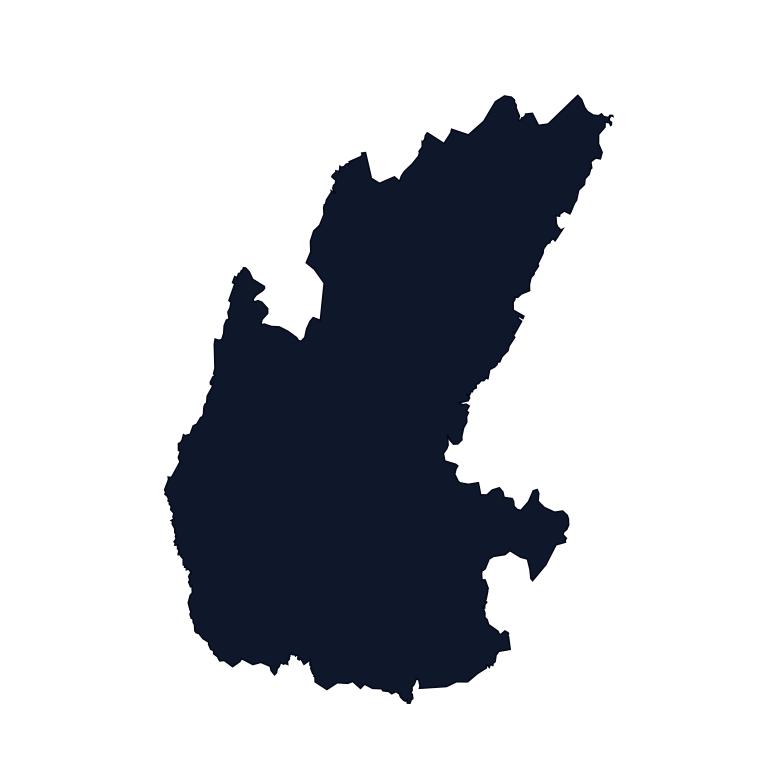 outline of Apatzingán, Michoacán, Mexico, rotated 8°
{"feature_id": "50627088B48290747904109", "entity_name": "Apatzingán", "entity_type": "district", "adm_level": 2, "iso_a3": "MEX", "parent_name": "Mexico", "parent_adm1": "Michoacán", "projection": "equal_earth", "projection_center": [-102.377, 18.969], "detail": "fine", "context": "isolated", "style": "filled", "palette": "ink", "viewbox_px": 768, "rotation_deg": 8, "n_neighbors": 0, "source": "geoboundaries", "source_scale": "gbopen_adm2", "svg_char_len": 6136}
<svg xmlns="http://www.w3.org/2000/svg" viewBox="0 0 768 768"><g transform="rotate(8 384 384)"><path d="M558.5,558.1L569.4,540.5L576.7,519.4L585.7,515.4L585.2,513.4L586.1,511.4L582.1,508.1L582.7,505.4L585.2,502.6L586.5,497.9L585.4,491.9L583.7,488.5L578.6,484.9L570.8,487.2L560.0,484.0L552.9,478.6L552.5,470.8L550.4,467.2L546.7,468.9L543.4,480.6L537.0,490.2L533.2,489.6L529.8,486.9L528.6,481.9L526.9,479.6L518.7,479.6L516.7,474.3L512.7,470.7L505.9,473.9L501.4,479.5L495.2,480.3L491.2,468.6L481.5,471.6L473.1,471.3L471.0,469.9L466.6,463.5L467.1,458.2L468.5,454.9L466.2,453.5L454.9,451.7L452.5,444.5L455.2,439.2L456.0,435.5L453.9,425.5L456.8,430.1L461.1,433.9L465.4,433.1L469.0,428.4L468.3,425.3L469.0,416.3L471.3,410.3L470.3,404.8L471.6,400.5L469.4,399.0L471.5,394.0L468.3,392.5L464.9,393.6L461.0,392.2L469.7,388.8L470.7,385.7L469.0,383.4L467.7,383.5L467.6,382.2L470.2,383.3L471.4,379.1L472.6,379.3L473.0,377.0L476.0,374.9L475.1,371.5L477.7,370.4L479.5,367.3L482.5,366.7L484.0,364.0L486.2,364.3L486.7,354.9L491.2,351.8L493.2,349.0L493.6,346.4L495.6,346.0L497.1,340.5L502.2,333.6L502.6,328.9L507.0,319.6L505.4,318.3L506.2,316.4L504.9,315.2L505.3,314.2L506.7,315.2L511.6,302.7L507.5,300.3L508.0,298.1L512.4,299.9L513.1,297.4L501.7,292.8L500.5,285.2L501.9,281.9L501.7,279.7L504.4,279.6L507.5,275.7L515.2,271.3L514.2,265.4L514.8,258.2L517.4,254.3L517.1,252.8L520.5,246.0L520.5,244.8L519.4,244.4L523.3,232.5L523.2,228.1L526.0,222.5L528.6,221.0L529.0,218.9L531.1,216.5L533.5,218.4L539.5,205.7L537.1,207.3L536.3,205.5L534.5,204.8L532.5,201.5L530.7,193.4L534.5,193.4L534.4,191.4L538.4,187.6L544.4,189.7L545.0,188.1L547.5,178.5L549.1,175.3L549.8,165.0L554.7,158.6L554.6,152.8L558.0,147.8L558.6,142.5L559.7,141.2L557.9,135.2L562.3,130.7L566.9,131.0L567.8,124.2L563.0,116.3L561.8,107.0L567.1,98.9L566.5,93.9L570.9,93.9L572.4,96.4L573.1,95.8L572.9,93.2L570.8,92.3L570.0,89.8L571.7,86.7L573.4,87.1L572.9,86.2L570.2,86.6L569.7,88.4L568.1,88.8L564.4,88.6L561.8,86.2L559.1,88.5L553.8,88.6L547.5,85.7L544.2,82.1L540.1,74.8L535.7,71.2L510.3,103.7L501.0,106.4L493.3,95.3L486.6,97.0L486.8,98.1L484.6,101.2L483.4,101.2L482.6,103.7L480.4,104.2L480.8,99.7L476.4,92.2L476.1,89.3L474.0,86.9L473.7,84.6L470.3,82.2L463.2,82.0L455.0,89.0L446.2,110.0L432.9,125.6L415.5,122.3L415.2,126.1L409.9,137.5L391.9,129.2L390.4,132.1L390.3,135.9L388.9,138.7L388.0,138.4L388.9,144.0L386.3,148.8L387.0,150.1L386.4,153.7L381.3,162.2L374.6,170.7L372.3,175.7L371.2,181.2L365.5,177.4L351.6,185.9L342.9,182.1L333.5,157.4L329.8,158.4L330.5,160.2L329.5,162.0L318.5,168.8L319.7,170.2L316.0,171.5L314.0,174.4L311.7,175.3L310.1,174.5L310.3,179.8L306.7,179.5L306.9,180.7L303.8,184.8L303.5,186.1L307.9,188.9L308.0,192.4L306.3,194.4L306.1,197.5L308.5,201.2L304.8,199.9L305.3,201.2L301.4,209.7L301.0,214.5L299.9,214.7L299.7,218.1L301.0,224.4L298.2,235.7L293.1,242.3L291.3,252.9L293.1,263.2L290.1,274.7L299.1,280.1L310.7,292.4L312.1,329.8L304.6,328.1L302.0,332.3L299.7,340.4L299.1,348.9L296.0,353.1L293.5,353.1L290.9,350.2L281.6,345.2L272.4,342.0L264.4,342.7L257.0,341.3L254.8,342.5L253.9,340.8L254.3,337.1L259.0,330.2L258.3,325.5L251.6,319.9L247.5,319.0L243.8,321.0L242.5,318.2L245.0,313.8L251.4,307.8L252.4,305.7L252.0,304.1L239.3,298.5L235.0,291.7L230.8,288.3L228.6,288.4L228.5,290.2L226.8,291.9L226.4,294.1L224.6,294.9L223.7,299.1L221.2,298.3L219.9,304.7L222.3,305.6L218.8,323.0L221.2,324.3L220.9,330.2L219.4,334.5L221.5,341.0L219.0,342.7L217.6,348.4L218.2,356.0L217.2,362.4L214.4,363.7L210.5,363.0L210.4,368.2L214.4,391.9L213.8,397.6L215.6,399.3L213.5,400.8L211.7,406.5L212.3,408.4L213.5,407.9L214.4,410.8L210.6,420.5L211.0,427.6L209.4,429.0L208.9,432.0L209.4,439.0L208.8,441.7L207.0,442.8L204.2,449.8L200.9,452.0L199.0,460.8L194.2,462.8L192.5,462.1L191.8,467.8L190.6,470.4L188.7,471.6L189.7,478.3L191.8,479.0L190.5,485.4L192.8,489.5L186.9,505.1L185.6,506.3L183.2,506.2L183.9,508.7L181.5,519.2L183.0,522.3L182.3,523.5L185.2,525.5L186.5,527.5L186.5,530.0L188.0,530.4L188.0,532.7L190.4,534.9L190.2,538.1L193.9,541.2L193.5,545.2L194.9,546.9L192.2,548.8L194.1,549.7L193.6,551.8L196.9,556.4L197.5,560.3L199.0,561.8L198.6,564.0L199.7,566.4L198.0,569.5L199.4,570.6L199.3,572.7L201.8,572.1L202.6,576.1L204.0,576.0L203.9,581.6L207.1,581.5L206.8,582.9L209.5,585.0L210.3,590.9L212.2,591.9L212.1,593.2L213.8,592.7L214.1,595.5L215.7,594.6L217.5,595.5L219.3,598.2L218.1,599.2L217.4,601.8L219.0,605.4L218.1,607.2L220.6,611.7L222.0,611.0L223.3,617.3L221.5,620.2L220.6,627.9L223.6,635.2L224.5,635.6L224.0,639.3L225.8,642.9L227.5,643.0L228.2,646.6L229.8,648.7L231.0,654.7L232.6,656.4L235.5,656.9L240.2,661.4L246.5,664.2L246.5,666.2L249.3,670.9L252.3,671.6L252.9,674.9L257.1,677.2L259.8,681.1L264.3,680.0L273.4,685.0L279.8,679.0L281.2,675.8L293.2,680.1L300.8,676.8L310.6,679.4L312.1,683.5L316.1,687.2L317.7,685.0L317.9,680.8L319.5,678.4L320.4,674.2L323.5,675.4L325.1,674.5L327.7,675.1L326.9,672.3L328.6,669.4L327.8,668.9L328.7,666.7L328.3,665.2L329.8,663.5L330.7,664.8L333.3,664.5L334.2,665.7L335.4,664.5L336.8,665.0L336.8,668.3L338.6,669.0L339.6,667.3L343.8,672.8L349.2,667.6L349.8,672.7L351.0,672.7L351.1,675.9L353.7,680.6L355.9,682.1L355.2,683.1L356.5,684.1L357.3,688.6L370.0,694.5L379.3,686.3L389.8,685.5L394.4,682.9L403.1,688.7L406.5,684.0L415.0,687.0L424.1,686.1L425.7,688.0L431.4,687.8L434.8,689.7L438.6,687.0L442.3,688.7L444.0,691.8L447.5,694.5L449.3,695.1L450.5,693.8L451.5,696.8L454.2,696.5L455.0,692.3L456.2,692.0L456.2,690.9L455.2,687.4L453.4,685.7L454.5,683.8L453.9,680.2L455.8,677.1L456.9,671.7L459.5,672.0L461.6,677.8L461.5,680.4L488.0,674.9L497.2,668.8L508.3,667.3L517.0,657.6L524.7,651.1L524.9,647.4L527.7,650.0L528.3,647.0L530.9,647.6L531.0,645.3L532.7,643.5L532.7,636.9L535.0,632.7L545.9,629.2L542.5,616.9L541.6,616.5L542.1,614.0L541.4,613.0L538.1,611.7L534.6,615.7L533.0,615.8L531.3,613.0L521.1,607.7L519.0,603.1L516.3,601.0L515.9,596.9L513.0,591.2L514.8,591.9L514.6,588.2L516.1,585.9L514.2,584.0L515.1,582.8L515.6,574.3L514.6,573.1L515.8,572.3L511.4,563.9L508.3,564.4L507.0,558.3L507.1,554.1L508.4,554.6L509.9,552.9L512.5,542.7L516.4,539.5L527.6,536.1L531.8,531.5L543.3,536.5L550.4,537.4L554.4,547.5L556.5,556.2L558.5,558.1Z" fill="#0f172a" stroke="#020617" stroke-width="1.5"/></g></svg>